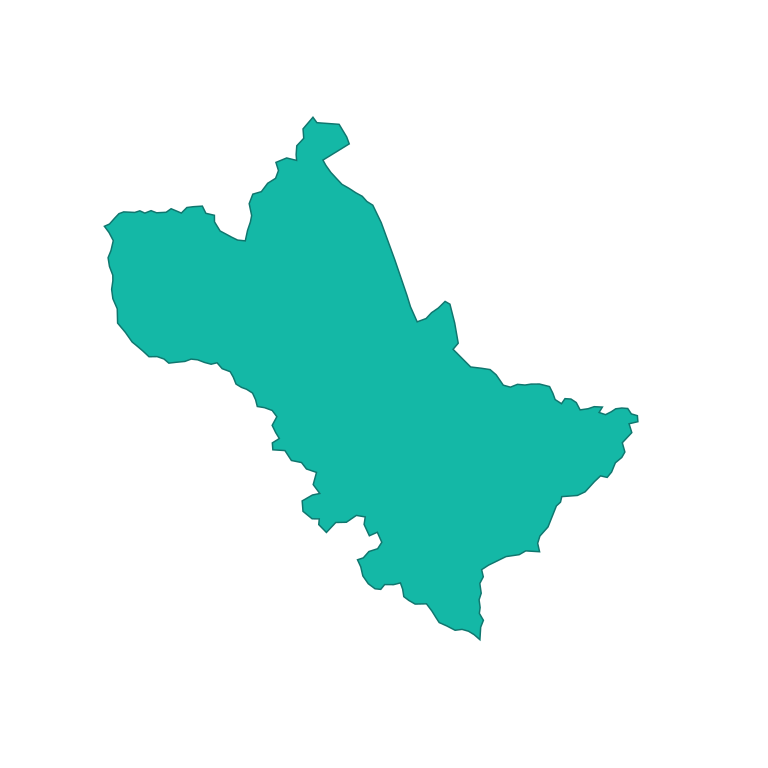 outline of São José do Ouro, Rio Grande do Sul, Brazil, rotated 156°
{"feature_id": "56859067B47068484088007", "entity_name": "São José do Ouro", "entity_type": "district", "adm_level": 2, "iso_a3": "BRA", "parent_name": "Brazil", "parent_adm1": "Rio Grande do Sul", "projection": "albers", "projection_center": [-51.559, -27.766], "detail": "fine", "context": "isolated", "style": "filled", "palette": "teal", "viewbox_px": 768, "rotation_deg": 156, "n_neighbors": 0, "source": "geoboundaries", "source_scale": "gbopen_adm2", "svg_char_len": 2823}
<svg xmlns="http://www.w3.org/2000/svg" viewBox="0 0 768 768"><g transform="rotate(156 384 384)"><path d="M400.4,111.4L394.6,122.5L389.3,127.7L390.2,135.7L387.1,140.7L384.9,148.2L380.3,153.3L377.6,162.8L371.7,167.5L370.3,174.7L362.1,176.0L342.7,176.7L329.9,173.1L322.4,173.9L310.1,167.5L308.4,176.0L303.4,181.7L292.3,186.7L276.1,202.5L270.8,204.3L267.4,208.8L252.6,203.5L244.1,203.7L231.5,209.2L223.6,212.0L218.1,207.9L211.9,211.0L204.7,217.9L196.6,220.2L191.6,223.9L190.2,233.4L177.4,238.8L176.3,248.0L167.4,246.3L165.4,252.0L170.2,256.1L171.3,262.5L176.5,265.3L182.4,267.1L187.7,266.2L194.1,265.9L199.1,270.5L193.9,274.1L201.2,277.8L207.6,278.4L215.4,280.6L215.9,288.8L219.3,294.2L224.6,297.0L229.9,293.8L234.0,300.2L233.5,306.7L233.8,314.3L241.9,320.7L249.7,324.1L255.6,325.7L262.2,329.4L269.8,329.7L275.5,334.4L277.8,346.8L281.2,354.0L288.5,358.7L297.9,364.3L306.8,387.6L299.6,391.1L294.6,411.0L291.3,430.1L294.6,434.6L303.5,431.3L311.6,429.8L318.9,426.7L328.4,427.3L328.4,443.9L327.0,455.4L323.6,493.2L320.9,532.5L321.5,551.9L325.4,557.7L327.5,564.3L332.0,570.2L336.4,577.0L341.2,583.5L343.5,590.1L346.5,598.9L348.2,607.4L348.7,613.4L318.1,617.5L317.6,624.8L319.4,639.5L339.0,650.0L340.4,656.6L354.2,650.0L357.4,641.1L366.8,637.1L371.0,629.2L372.9,623.8L381.0,630.1L392.6,630.4L393.6,621.9L399.4,616.0L408.6,614.7L417.8,609.6L426.6,610.8L433.8,603.6L436.4,591.7L440.2,586.3L446.2,579.8L452.5,571.2L459.2,575.0L463.7,580.4L471.5,590.5L472.9,601.1L470.3,607.1L477.3,612.4L477.6,620.4L486.0,623.5L492.3,625.4L499.6,622.6L507.2,630.7L513.2,629.5L522.1,632.9L526.3,637.1L533.0,637.4L536.6,641.5L541.9,642.1L551.8,647.1L556.9,647.4L562.7,645.0L569.7,641.8L575.3,641.8L573.6,634.2L573.0,625.1L579.2,616.9L584.7,611.6L587.0,603.0L587.5,593.7L589.7,588.6L594.3,581.3L597.0,572.2L597.1,561.2L602.6,548.0L599.3,536.4L597.0,524.8L593.5,517.8L590.8,512.1L587.6,504.5L580.1,501.3L574.8,496.3L572.1,490.6L564.5,488.2L556.7,485.6L550.1,485.2L544.4,481.9L539.2,476.7L533.9,472.4L527.9,471.3L525.6,463.8L519.5,457.8L518.9,451.6L519.2,444.1L515.6,438.9L511.7,435.1L507.8,429.2L507.7,421.9L508.9,415.0L502.8,411.0L496.9,405.3L495.2,397.7L503.0,391.7L502.7,383.6L501.8,376.8L510.0,375.6L512.3,369.1L501.6,363.5L499.7,351.8L491.3,345.8L489.4,337.9L481.6,330.7L489.6,320.9L487.2,310.1L494.5,311.7L506.3,310.5L509.8,300.6L504.5,290.1L498.0,287.1L500.8,282.1L497.0,271.8L484.4,277.1L474.6,273.0L462.7,275.2L455.2,270.2L459.3,263.8L459.1,251.3L450.4,251.3L450.4,240.3L456.8,236.1L465.9,237.1L473.6,233.6L479.7,234.2L479.6,226.4L481.4,217.3L479.6,207.9L475.5,200.6L470.5,197.7L465.0,200.5L456.8,196.8L449.9,195.6L450.4,189.0L452.4,181.7L449.3,176.1L445.1,170.3L434.6,165.9L432.6,157.2L431.5,149.2L430.6,143.6L425.1,137.5L419.2,130.1L412.5,128.1L407.4,123.8L403.6,118.3L400.4,111.4Z" fill="#14b8a6" stroke="#0f766e" stroke-width="1.5"/></g></svg>